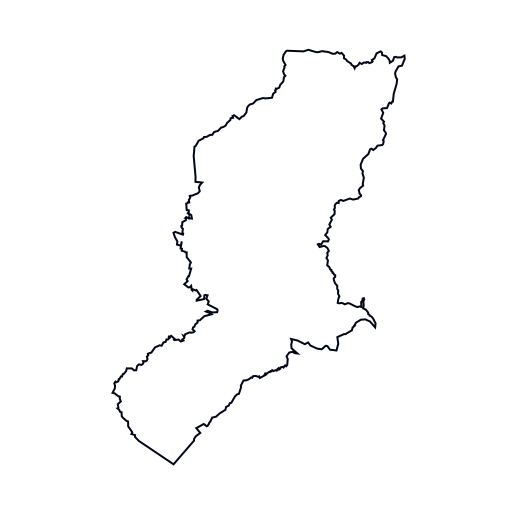 Huanusco, Zacatecas, Mexico (orthographic projection), rotated 95°
{"feature_id": "50627088B4993254330501", "entity_name": "Huanusco", "entity_type": "district", "adm_level": 2, "iso_a3": "MEX", "parent_name": "Mexico", "parent_adm1": "Zacatecas", "projection": "orthographic", "projection_center": [-102.931, 21.768], "detail": "fine", "context": "isolated", "style": "outline", "palette": "ink", "viewbox_px": 512, "rotation_deg": 95, "n_neighbors": 0, "source": "geoboundaries", "source_scale": "gbopen_adm2", "svg_char_len": 6077}
<svg xmlns="http://www.w3.org/2000/svg" viewBox="0 0 512 512"><g transform="rotate(95 256 256)"><path d="M316.7,131.1L312.8,131.0L308.5,133.6L306.3,135.6L305.6,137.5L304.7,137.9L304.1,139.2L302.6,139.3L299.9,141.9L298.9,144.6L295.8,144.4L291.9,145.1L289.6,144.4L288.6,144.9L289.1,146.0L291.8,146.4L292.6,147.2L297.6,146.6L297.2,148.3L298.0,150.3L297.5,152.8L295.0,158.9L295.0,160.5L296.4,163.2L295.2,166.4L295.9,169.1L295.6,170.5L291.7,170.3L288.9,169.4L286.4,171.0L283.0,171.1L281.8,172.2L278.6,172.5L276.2,174.9L273.0,176.4L271.4,176.6L269.9,175.3L268.2,175.4L267.7,176.7L266.4,177.3L266.2,178.3L265.0,178.5L264.6,179.5L263.3,179.7L262.9,180.9L260.5,182.1L259.2,184.2L254.0,184.0L251.8,185.6L249.0,184.6L246.6,185.3L244.6,183.9L241.9,185.5L240.2,188.1L240.1,189.4L241.5,193.4L239.0,195.4L238.4,194.1L239.0,192.2L235.4,190.3L235.2,185.6L233.1,184.9L232.3,185.2L229.1,188.9L226.2,187.0L222.8,186.9L220.4,184.2L218.2,185.7L213.3,183.6L211.3,184.8L207.5,181.4L204.2,181.5L203.0,182.4L201.3,181.6L199.0,182.0L197.1,181.2L195.8,179.8L196.0,178.3L194.0,178.4L192.8,176.3L193.5,173.8L190.6,167.6L191.3,164.3L191.0,163.0L189.8,159.2L188.3,158.4L187.4,156.7L186.3,156.6L185.0,158.1L181.4,159.4L179.2,158.2L176.5,155.4L175.0,155.9L168.5,155.4L164.7,157.1L162.1,156.9L159.7,159.1L155.9,159.7L149.8,157.8L144.7,153.0L139.8,151.6L139.0,150.2L140.2,148.5L138.0,146.0L135.5,144.6L134.5,140.1L133.4,139.1L130.4,138.8L129.6,139.6L123.2,137.2L121.7,137.6L119.6,139.5L114.9,139.3L112.5,140.8L111.0,140.2L108.2,143.4L102.4,141.7L99.0,143.8L97.9,142.6L97.2,138.4L92.2,136.8L91.6,136.3L92.3,134.5L90.4,133.8L90.3,133.1L82.2,132.9L72.2,130.9L67.6,130.8L66.1,132.1L62.3,133.3L60.2,133.1L54.7,130.6L53.7,127.2L46.8,125.0L43.5,125.6L45.5,128.7L45.9,132.7L45.4,133.9L45.9,135.7L49.6,136.6L51.8,139.5L49.7,139.9L47.6,141.5L45.6,143.7L44.8,147.8L42.3,148.3L41.3,149.6L43.6,153.5L48.9,155.3L50.7,157.7L52.0,156.8L52.8,157.3L54.0,159.9L53.1,161.0L53.2,162.8L53.9,162.9L53.9,165.5L55.5,167.3L54.5,169.6L56.6,170.6L58.4,172.5L58.4,173.6L60.4,174.1L58.5,175.3L57.1,177.6L56.0,178.1L53.9,182.1L52.4,183.4L51.4,185.5L48.7,185.8L46.2,188.5L47.1,190.1L45.8,192.9L47.5,194.7L47.9,197.0L46.5,201.7L46.2,208.1L47.5,211.8L47.7,213.8L46.0,221.8L48.0,226.4L48.8,243.0L49.6,244.1L53.2,246.0L57.1,246.6L59.4,245.8L63.1,243.2L64.6,244.4L65.3,244.0L69.7,245.1L72.6,243.8L73.9,242.4L75.3,243.7L79.7,244.0L83.4,246.8L86.2,247.5L87.5,249.5L87.5,250.8L88.7,250.7L89.3,251.4L90.8,250.8L92.8,253.0L97.0,253.9L98.2,260.4L98.0,262.7L100.6,269.2L104.3,272.1L105.7,275.5L106.9,276.5L108.8,277.7L113.9,278.1L117.7,280.5L118.4,282.2L121.1,284.5L117.7,290.0L118.6,291.6L120.3,290.9L121.0,293.3L122.8,293.4L125.9,296.4L128.7,297.6L130.2,299.6L131.2,302.0L134.7,304.8L136.1,308.5L139.1,310.1L139.4,312.4L141.6,315.5L142.0,318.2L143.3,318.6L146.2,323.2L151.7,325.7L152.4,326.8L161.8,326.8L182.5,323.1L187.4,322.8L187.5,316.0L190.2,318.1L192.7,318.9L196.4,317.7L198.5,319.2L201.3,324.6L201.9,327.2L203.6,326.6L206.0,327.8L208.4,327.2L208.5,328.7L209.4,328.8L209.9,330.1L216.3,329.0L216.3,327.0L218.1,326.7L219.3,327.7L220.6,325.9L220.1,325.6L220.8,324.1L224.3,323.1L224.3,325.6L223.3,326.1L224.4,326.3L223.3,328.9L224.2,329.6L224.2,328.9L226.4,329.0L228.7,332.3L232.2,332.3L232.7,333.1L234.0,332.7L235.3,331.2L239.2,331.4L239.9,330.5L241.1,330.7L239.0,338.6L240.1,340.2L244.5,338.3L248.3,335.6L251.5,335.7L252.3,331.8L247.9,331.2L255.1,331.8L255.2,330.4L257.2,330.4L257.9,327.2L258.6,326.5L258.4,325.4L263.2,324.9L268.1,320.3L270.2,321.2L274.3,321.4L274.2,319.5L281.9,321.0L281.9,321.6L285.4,323.1L286.9,321.9L290.4,325.0L293.2,320.7L292.9,319.2L291.4,318.0L295.4,317.1L296.0,316.3L294.6,316.2L295.6,313.1L295.0,312.3L300.7,307.7L304.8,311.3L305.7,311.2L303.4,303.9L299.6,304.0L299.2,303.1L299.4,300.8L302.8,301.8L305.4,299.1L308.4,299.9L312.4,290.0L313.4,289.5L315.4,289.8L316.0,294.5L314.8,299.6L315.7,301.0L317.1,296.3L317.9,295.1L320.5,302.3L325.0,306.4L325.4,308.6L327.6,308.5L329.3,310.5L331.7,311.2L332.7,312.5L334.6,312.8L336.3,310.6L337.4,311.5L338.1,313.9L337.8,315.1L340.0,319.6L342.3,320.3L341.9,321.2L343.3,320.3L344.4,320.6L345.6,322.1L346.6,321.0L347.7,323.5L346.0,325.9L346.9,330.0L346.5,330.5L345.6,329.9L342.9,333.6L344.1,334.5L343.7,335.6L344.4,335.9L345.1,334.9L347.0,336.6L346.9,337.9L349.5,338.6L350.1,340.6L353.6,342.2L353.4,344.2L355.8,348.6L361.3,351.8L362.8,355.2L364.4,354.7L365.7,355.9L368.0,355.1L369.7,355.7L370.5,356.7L370.6,359.4L372.0,358.8L373.8,359.6L374.5,360.8L374.1,363.1L375.9,364.8L380.2,365.4L380.6,367.5L378.8,369.9L379.2,374.9L382.1,375.4L385.2,377.6L385.4,378.5L387.7,378.9L387.8,380.1L390.7,381.4L390.7,382.0L392.9,382.3L394.0,384.3L393.4,385.1L395.1,386.1L397.5,385.1L400.3,385.1L404.8,387.0L405.1,385.0L407.8,380.8L407.9,379.4L410.2,379.2L412.7,378.0L415.7,380.8L419.0,379.9L419.8,380.8L421.1,378.9L422.9,378.0L423.4,376.3L427.2,375.8L428.4,374.9L431.4,370.9L432.0,369.0L436.8,368.5L442.4,363.9L444.2,364.6L444.9,361.0L446.8,360.7L450.5,356.5L470.7,320.0L445.4,301.7L443.5,301.7L440.9,300.3L437.1,296.1L432.7,300.5L427.9,293.4L429.9,290.3L429.5,289.6L427.2,288.1L426.2,288.1L424.6,286.9L420.8,285.6L419.7,282.0L416.0,278.5L411.9,273.1L408.9,272.6L407.3,270.0L404.9,269.3L404.4,267.8L397.7,264.7L395.5,262.8L394.8,261.0L388.4,259.5L386.5,259.8L381.1,257.6L380.7,254.8L379.5,252.5L377.4,250.2L377.6,249.2L375.9,248.3L375.5,245.7L376.2,243.2L375.6,242.4L377.2,241.5L373.7,236.3L373.5,237.1L372.1,236.5L372.2,235.2L370.2,232.6L370.3,231.9L369.4,231.5L369.6,230.5L368.3,229.9L369.1,228.5L368.0,226.5L368.4,225.4L366.9,224.8L367.4,224.3L367.1,223.2L365.8,223.3L366.1,222.0L364.8,221.8L364.0,219.3L364.6,218.8L362.4,217.4L363.2,216.3L361.8,215.4L355.9,215.4L353.2,216.8L349.3,214.5L348.3,211.2L349.4,209.1L349.5,206.2L344.8,212.6L341.0,213.2L338.0,212.7L335.6,213.8L336.6,207.2L339.6,199.7L337.6,196.5L340.4,194.1L342.9,187.1L343.2,182.4L339.4,178.8L339.5,177.1L342.9,174.1L343.1,167.6L336.3,166.4L329.7,167.9L326.2,161.6L326.0,160.0L321.6,154.0L318.9,153.5L317.1,151.8L317.0,152.2L313.6,150.5L310.3,145.9L309.6,141.6L311.3,136.7L316.7,131.1Z" fill="none" stroke="#020617" stroke-width="2"/></g></svg>